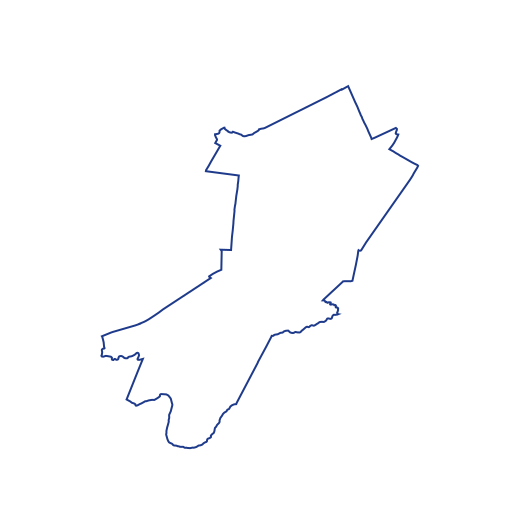 outline of Barza, Olt, Romania, rotated 325°
{"feature_id": "2599482B78592992186898", "entity_name": "Barza", "entity_type": "district", "adm_level": 2, "iso_a3": "ROU", "parent_name": "Romania", "parent_adm1": "Olt", "projection": "robinson", "projection_center": [24.164, 44.333], "detail": "fine", "context": "isolated", "style": "outline", "palette": "blue", "viewbox_px": 512, "rotation_deg": 325, "n_neighbors": 0, "source": "geoboundaries", "source_scale": "gbopen_adm2", "svg_char_len": 6014}
<svg xmlns="http://www.w3.org/2000/svg" viewBox="0 0 512 512"><g transform="rotate(325 256 256)"><path d="M444.3,232.8L444.0,231.3L421.0,227.2L417.8,226.5L418.3,224.9L419.5,218.4L420.2,215.5L420.9,211.1L421.0,209.9L421.2,208.4L421.6,206.4L421.8,204.8L422.4,202.8L422.6,200.8L422.8,199.9L423.0,199.4L423.4,197.2L424.7,191.6L425.5,186.7L428.9,169.7L422.0,169.0L421.6,168.9L421.7,168.5L405.1,166.4L336.7,156.2L335.4,155.8L333.2,154.7L331.2,154.0L331.0,154.3L329.4,154.6L327.9,154.5L325.0,154.2L322.8,154.4L320.4,153.3L319.5,152.8L316.6,152.0L315.4,151.4L314.6,150.8L314.1,150.2L313.9,149.7L313.5,148.1L312.7,147.2L312.2,146.5L311.8,145.7L309.5,142.7L308.6,141.3L308.2,140.9L307.2,141.2L306.5,140.8L305.8,140.1L305.1,139.2L304.5,138.0L304.6,137.6L304.5,137.2L304.2,136.7L303.8,135.6L303.4,134.0L303.5,133.5L303.8,132.8L303.5,132.6L300.1,132.2L299.5,132.2L299.2,132.4L298.1,132.4L297.2,133.6L296.3,134.2L295.8,134.2L295.3,134.2L293.0,133.2L292.3,132.8L292.1,133.1L291.8,133.4L291.3,135.4L291.1,137.0L291.0,138.0L290.7,138.5L287.4,140.1L290.0,145.2L273.9,152.6L268.8,155.1L264.4,157.0L263.6,157.8L288.1,180.2L286.5,182.0L284.4,184.5L281.7,187.4L281.2,188.2L278.9,190.8L274.3,195.5L269.1,201.4L267.5,202.9L264.7,205.9L264.4,206.6L257.5,214.6L256.2,216.3L251.7,221.6L247.5,226.3L239.0,236.8L230.7,230.6L230.7,230.8L230.8,231.9L230.5,232.6L219.7,247.4L215.4,246.5L210.5,245.9L206.2,245.8L205.9,245.8L205.8,246.0L205.8,246.7L206.3,248.1L149.2,246.4L143.7,246.6L137.6,246.5L131.5,246.3L128.3,246.0L126.3,245.7L121.9,244.7L121.9,244.9L120.4,244.5L117.2,243.6L95.5,236.2L93.5,235.6L83.8,233.4L83.8,233.8L82.5,237.3L81.7,239.3L79.5,243.2L79.1,244.6L78.5,244.7L77.2,244.1L76.1,244.3L75.6,244.9L74.9,246.5L73.9,247.6L72.9,248.6L72.1,249.1L72.1,249.6L72.2,250.1L73.4,251.0L75.3,251.5L76.2,252.1L79.3,255.2L79.6,256.1L79.6,256.8L78.9,257.5L78.7,257.9L78.7,258.6L79.5,259.4L80.1,259.3L80.6,259.2L81.0,259.2L81.5,259.5L81.8,260.4L82.2,261.0L83.0,261.4L83.5,261.5L84.2,261.3L85.1,260.4L85.8,260.0L86.4,259.8L87.1,260.0L87.9,260.4L88.5,260.9L89.0,261.7L89.5,263.1L89.6,263.9L90.2,264.7L91.7,265.8L92.3,266.0L93.3,265.6L94.2,265.7L96.4,266.7L97.4,267.0L99.9,267.3L101.1,267.2L102.4,267.0L102.9,267.1L103.4,267.3L103.7,267.7L103.9,268.1L103.9,268.4L103.3,270.2L101.8,271.3L100.0,272.3L99.7,272.7L99.7,273.1L100.0,273.4L100.5,273.9L101.5,274.4L104.3,275.4L93.0,282.7L67.7,299.3L69.6,303.1L70.1,304.9L71.7,307.1L72.1,308.3L72.0,308.6L71.7,309.2L71.8,309.7L72.0,309.9L73.0,310.3L73.6,310.4L76.2,310.7L77.4,311.0L80.1,311.3L81.8,311.4L83.0,312.1L85.4,312.8L87.7,313.9L88.3,314.2L90.2,315.6L93.7,315.9L96.2,315.9L96.8,315.8L97.2,315.2L97.9,314.6L98.5,314.5L99.4,314.9L102.5,317.4L103.2,318.0L104.2,320.0L104.4,323.3L104.3,324.2L102.8,328.2L102.3,329.7L101.7,330.4L97.0,334.4L93.9,336.2L93.3,336.9L92.5,338.2L91.8,339.1L90.9,339.8L90.1,340.6L89.5,341.7L87.1,343.7L84.5,345.8L83.7,346.6L82.3,347.9L81.0,349.8L80.3,350.3L79.9,351.0L78.4,355.2L78.0,357.0L77.9,358.0L77.9,358.8L78.4,359.8L79.5,361.6L79.7,362.4L79.7,363.3L80.2,364.2L81.4,365.2L82.0,365.7L82.9,367.1L83.6,367.6L84.3,368.7L85.8,369.8L86.7,370.4L87.0,370.7L87.5,372.0L87.8,372.3L88.3,372.7L88.9,373.0L89.4,373.6L91.8,375.6L94.2,376.6L95.0,377.3L95.5,377.5L96.2,377.8L97.5,378.2L98.5,378.3L100.1,378.3L100.6,378.5L101.6,379.1L103.4,379.6L104.1,379.6L105.7,379.3L107.7,379.5L108.7,379.8L109.0,379.8L109.5,379.6L110.6,378.5L111.0,378.2L111.6,378.1L112.0,378.1L113.3,378.5L114.6,378.6L115.0,378.6L115.4,378.3L115.8,377.5L116.1,377.2L117.8,376.8L119.8,376.7L120.5,376.3L121.6,375.5L122.9,374.1L123.8,373.3L124.1,373.2L125.3,373.0L127.4,372.0L129.2,371.7L130.1,371.5L130.7,371.2L131.1,370.9L131.7,370.0L131.9,369.7L134.0,368.2L136.9,367.2L138.2,366.5L140.3,366.1L142.4,366.3L143.2,366.1L144.1,365.6L144.5,365.5L145.7,365.8L146.3,365.8L148.7,364.6L150.6,364.5L152.3,364.8L153.3,365.1L154.8,366.0L155.0,365.9L156.0,365.2L196.3,344.4L196.7,344.0L212.6,336.0L222.0,331.1L223.1,330.4L223.7,330.9L224.2,331.2L224.8,331.3L225.5,331.1L226.6,331.4L227.2,331.8L228.3,332.2L228.7,332.5L229.0,332.6L230.1,332.7L230.6,332.8L231.8,332.9L233.9,334.0L235.6,333.8L236.2,334.0L236.8,334.1L237.8,334.5L239.3,335.4L239.6,335.6L239.8,336.5L240.1,338.0L240.3,338.4L240.9,339.2L242.0,340.2L242.8,340.6L244.1,340.7L244.8,340.9L245.1,341.2L245.6,341.8L246.2,342.4L247.0,343.0L247.4,343.4L248.0,343.7L248.6,343.8L249.1,343.8L250.7,343.4L251.9,343.4L255.5,343.0L256.5,343.0L257.2,343.2L257.5,343.5L258.2,344.4L258.5,344.6L259.3,344.6L260.3,344.4L261.8,344.6L262.2,344.9L263.2,346.1L263.8,346.4L265.5,346.6L266.4,346.5L268.2,346.7L269.7,346.6L270.4,346.7L271.8,347.4L272.2,347.8L272.9,348.2L273.4,348.7L274.0,349.0L275.0,349.1L276.0,349.1L276.6,349.0L278.3,348.2L278.5,348.2L279.3,348.5L280.9,350.2L281.8,350.5L282.2,350.5L282.8,350.1L284.0,349.2L284.5,348.9L284.9,348.8L285.7,348.8L286.1,348.8L287.0,349.6L289.0,350.6L289.9,350.8L289.8,350.7L289.7,350.4L289.8,349.4L290.0,349.0L290.1,348.8L290.7,348.6L292.4,347.2L292.7,346.4L293.2,346.1L293.3,345.9L293.2,345.3L293.1,344.9L292.6,344.4L292.1,344.2L292.0,343.8L292.0,343.5L292.2,343.3L292.9,342.7L293.0,342.0L292.8,341.6L291.9,341.2L291.8,340.3L291.2,339.6L290.4,339.2L289.9,338.7L289.5,338.8L289.2,338.6L289.0,338.3L289.0,338.1L289.8,337.4L290.2,337.3L290.4,337.2L290.5,336.8L290.3,336.6L289.8,336.4L289.3,335.7L288.2,335.5L287.8,335.4L287.6,335.2L287.5,334.9L287.5,334.2L287.4,334.0L286.7,333.8L286.5,333.4L286.6,332.8L286.6,331.8L286.0,331.0L285.7,331.0L285.3,330.7L286.4,330.4L312.5,326.8L312.7,326.7L314.2,327.5L319.1,331.0L320.8,331.6L325.1,327.6L332.9,320.4L339.5,314.0L342.7,310.5L343.3,310.1L343.5,310.7L344.7,311.6L345.0,311.7L345.8,311.5L354.0,308.0L425.8,281.9L429.7,280.3L431.2,279.6L432.4,278.9L438.8,276.1L440.5,275.1L440.4,274.1L438.8,271.3L437.4,268.6L432.4,258.0L431.7,256.7L430.8,254.3L429.7,252.1L428.4,248.8L427.9,247.9L426.5,245.0L431.0,243.7L434.1,242.5L435.3,241.9L439.5,239.8L440.7,239.1L442.2,238.1L441.5,237.4L440.9,236.6L440.7,236.1L440.7,235.8L441.9,234.7L443.6,233.6L444.3,232.8Z" fill="none" stroke="#1e3a8a" stroke-width="2"/></g></svg>